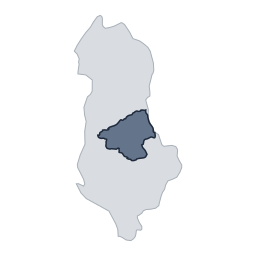 where Elbasan sits in Albania
{"feature_id": "ALB-1524", "entity_name": "Elbasan", "entity_type": "County", "adm_level": 1, "iso_a3": "ALB", "parent_name": "Albania", "parent_adm1": "", "projection": "robinson", "projection_center": [20.152, 41.052], "detail": "fine", "context": "in_parent", "style": "filled", "palette": "slate", "viewbox_px": 256, "rotation_deg": 0, "n_neighbors": 0, "source": "natural_earth", "source_scale": "10m", "svg_char_len": 3725}
<svg xmlns="http://www.w3.org/2000/svg" viewBox="0 0 256 256"><path d="M77.9,73.9L78.2,70.2L79.1,64.2L78.6,62.3L79.2,58.9L77.3,54.3L74.3,51.1L77.2,45.3L81.6,38.4L85.6,32.8L90.5,27.1L93.7,21.6L97.2,16.8L100.2,15.4L101.7,16.4L102.4,18.4L102.3,24.6L103.3,26.7L105.3,28.3L109.7,27.5L114.5,26.0L121.1,22.7L122.2,22.9L124.6,24.6L129.6,32.1L132.9,38.6L139.5,40.9L143.2,43.4L147.9,47.3L150.2,51.2L153.4,63.1L153.8,70.3L152.9,73.6L152.1,74.4L149.2,86.1L149.9,92.1L149.9,96.0L147.4,97.6L145.7,100.0L148.4,109.8L148.1,114.0L148.2,118.7L153.1,129.6L156.0,133.0L158.5,134.6L161.8,144.6L163.8,146.3L171.8,145.4L175.7,146.5L177.2,148.9L177.6,150.5L177.1,156.1L179.1,160.4L181.7,164.9L181.7,167.6L180.0,172.0L176.8,177.2L172.6,179.2L167.9,180.9L165.7,184.9L164.6,189.2L162.5,192.4L161.2,195.9L159.3,203.0L158.8,205.6L155.6,208.2L150.7,209.2L146.3,209.5L143.4,210.7L141.9,213.1L139.1,215.1L137.4,215.9L137.4,218.1L139.4,222.7L141.8,226.4L141.8,229.3L140.7,230.2L137.1,229.8L136.3,230.9L135.9,234.2L135.0,237.0L133.5,238.8L130.9,240.6L126.2,240.0L121.8,237.2L119.5,236.3L118.2,236.4L117.8,229.5L115.9,224.1L109.0,211.1L86.3,198.6L81.0,193.0L78.6,188.3L76.3,183.8L78.5,183.7L80.8,184.8L83.6,186.1L84.8,183.9L83.5,179.0L77.7,167.6L77.3,164.5L80.2,155.0L85.0,144.2L84.7,131.3L86.2,121.5L84.6,115.1L83.9,107.3L87.4,96.9L90.4,94.4L92.2,91.1L92.3,80.0L85.7,74.9L77.9,73.9Z" fill="#d9dde1" stroke="#a8b0b8" stroke-width="1"/><path d="M149.7,123.4L152.0,126.4L153.0,128.1L153.3,129.8L153.2,131.2L153.7,132.2L154.9,132.7L155.0,133.0L155.0,134.2L155.2,135.4L155.3,135.8L155.0,137.2L154.8,137.6L154.5,137.8L153.9,137.8L151.6,137.0L151.2,137.0L150.5,137.2L148.0,138.5L147.6,138.7L147.2,138.8L145.0,139.4L144.6,139.7L144.2,140.1L143.8,141.1L143.7,141.7L143.5,142.9L143.3,143.7L143.2,144.2L141.7,144.9L142.4,146.9L142.7,147.6L144.7,149.9L145.4,150.9L147.0,154.3L146.1,156.0L145.6,156.8L144.8,157.4L143.8,157.8L139.1,158.4L136.7,159.0L136.2,159.8L133.8,160.6L131.8,160.6L131.4,160.4L131.2,160.2L131.0,159.6L130.5,159.3L130.0,159.2L129.1,159.2L128.5,159.1L127.1,158.5L127.7,157.6L127.2,157.3L126.5,157.0L125.1,156.6L124.4,156.3L123.9,155.7L122.4,153.4L121.8,153.0L121.1,152.7L120.1,152.6L119.3,152.4L119.0,152.1L119.0,151.8L119.2,151.1L119.2,150.8L119.2,150.4L119.0,149.7L119.0,149.4L119.0,149.2L119.2,148.7L119.0,148.4L118.8,148.3L118.3,148.1L117.8,148.3L116.3,149.2L111.3,148.7L110.0,149.1L107.5,148.5L107.1,148.2L106.6,147.7L106.1,146.6L105.9,146.2L105.9,145.8L105.9,145.3L106.1,144.0L106.2,143.6L106.0,141.8L106.1,141.6L106.5,140.7L106.6,139.3L105.8,139.0L105.5,139.0L105.1,139.0L104.6,138.8L104.0,138.3L103.4,138.2L101.2,138.4L99.7,138.0L98.8,137.5L98.3,136.9L98.0,136.2L97.9,135.7L97.8,135.4L97.9,135.0L99.2,135.2L99.4,135.0L99.6,134.7L99.7,134.0L99.7,133.4L99.9,132.7L100.4,132.2L101.9,131.5L102.2,131.2L102.5,130.9L102.6,130.1L104.5,129.9L106.4,130.1L107.7,129.9L108.4,129.6L108.7,129.3L108.8,129.1L108.6,129.0L108.2,128.9L108.0,128.6L109.4,127.3L112.4,126.2L113.7,125.9L116.4,124.6L116.9,124.2L118.7,122.2L119.5,121.1L120.4,120.1L120.9,119.8L121.3,119.8L121.5,120.0L121.9,120.2L122.5,120.3L122.8,120.2L123.2,120.0L124.2,119.0L124.6,118.8L125.6,118.7L126.6,116.9L128.0,115.8L128.6,115.5L131.9,114.7L132.2,114.4L132.3,114.2L132.7,113.3L133.0,113.0L133.2,112.9L133.4,112.8L133.8,112.7L134.0,112.6L134.3,112.4L134.5,112.2L135.4,111.5L135.8,111.3L136.3,111.1L136.9,111.0L137.4,111.1L138.1,111.4L139.0,111.4L139.5,111.3L140.0,111.2L140.3,110.9L140.9,110.1L141.3,110.0L141.5,110.1L141.8,110.4L142.0,110.3L142.2,110.2L142.5,110.0L142.8,110.0L143.6,110.2L144.4,110.4L145.2,110.1L145.8,110.0L145.7,110.7L145.7,111.4L145.8,112.4L146.2,113.2L147.6,115.0L147.9,117.5L148.6,120.4L148.9,121.5L149.7,123.4Z" fill="#64748b" stroke="#1e293b" stroke-width="1.5"/></svg>